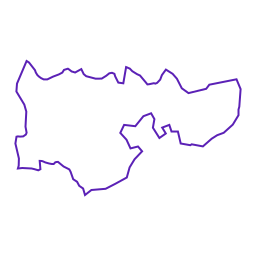 map outline of Jelgava (Mercator projection), rotated 90°
{"feature_id": "LVA-1084", "entity_name": "Jelgava", "entity_type": "Municipality", "adm_level": 1, "iso_a3": "LVA", "parent_name": "Latvia", "parent_adm1": "", "projection": "mercator", "projection_center": [23.638, 56.61], "detail": "fine", "context": "isolated", "style": "outline", "palette": "violet", "viewbox_px": 256, "rotation_deg": 90, "n_neighbors": 0, "source": "natural_earth", "source_scale": "10m", "svg_char_len": 1593}
<svg xmlns="http://www.w3.org/2000/svg" viewBox="0 0 256 256"><g transform="rotate(90 128 128)"><path d="M91.5,239.6L83.6,239.0L61.0,229.4L62.5,227.0L70.2,221.0L72.5,220.2L75.1,218.6L76.7,216.9L78.2,214.8L79.4,212.3L79.4,208.7L76.6,202.9L74.4,197.1L72.6,193.7L69.9,192.0L68.7,188.1L69.2,187.3L71.5,184.3L71.9,182.8L72.5,180.9L69.1,174.7L74.1,172.3L76.2,169.8L78.7,160.3L78.6,154.3L75.8,149.8L73.3,146.7L72.8,144.0L73.8,141.6L76.4,140.8L82.6,137.7L83.3,132.7L67.1,129.9L68.6,126.2L71.2,123.7L74.2,118.9L75.5,116.0L82.4,110.2L84.4,108.6L84.2,106.8L83.2,102.1L83.6,100.6L82.9,98.9L79.6,95.8L75.1,94.1L69.6,90.1L73.8,83.4L78.7,79.1L88.3,74.2L93.1,67.5L88.8,49.8L84.7,46.7L79.3,19.5L89.1,15.4L106.7,16.7L109.6,17.5L115.2,17.5L124.6,23.2L132.8,32.3L135.2,38.8L138.7,44.3L146.4,53.1L144.3,64.3L145.2,65.7L143.5,75.3L131.5,78.1L131.5,84.5L124.9,86.7L127.6,93.8L133.5,90.2L138.0,96.6L127.7,103.1L119.1,101.6L113.3,104.9L116.2,112.6L126.2,120.7L124.9,131.9L132.9,135.7L139.7,129.5L148.4,125.5L146.5,118.0L151.3,113.9L159.2,121.4L167.4,126.4L177.5,129.2L183.7,140.5L188.8,150.4L190.0,164.6L195.0,171.0L188.5,172.9L185.8,176.8L181.8,178.9L179.2,182.8L171.8,185.4L169.4,186.7L166.5,192.4L163.4,196.2L161.9,198.0L162.0,199.5L162.3,200.7L164.0,202.3L164.0,204.2L163.5,206.9L162.4,210.8L161.5,212.7L161.0,214.2L160.9,216.3L169.2,215.6L170.3,217.7L169.1,221.8L168.5,224.4L168.0,233.8L168.5,238.1L165.7,237.3L158.5,237.1L143.5,240.6L136.7,239.5L136.4,238.2L136.6,235.8L136.4,232.8L134.5,230.1L132.7,229.4L126.7,230.5L111.6,229.7L104.6,231.7L91.5,239.6Z" fill="none" stroke="#5b21b6" stroke-width="2"/></g></svg>